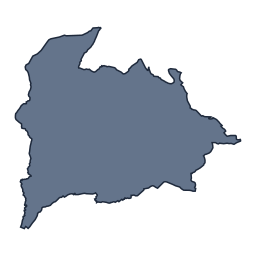 Ocnele Mari, Vâlcea, Romania (Mercator projection)
{"feature_id": "2599482B98582848146114", "entity_name": "Ocnele Mari", "entity_type": "district", "adm_level": 2, "iso_a3": "ROU", "parent_name": "Romania", "parent_adm1": "Vâlcea", "projection": "mercator", "projection_center": [24.271, 45.091], "detail": "fine", "context": "isolated", "style": "filled", "palette": "slate", "viewbox_px": 256, "rotation_deg": 0, "n_neighbors": 0, "source": "geoboundaries", "source_scale": "gbopen_adm2", "svg_char_len": 5695}
<svg xmlns="http://www.w3.org/2000/svg" viewBox="0 0 256 256"><path d="M70.0,194.0L72.2,193.7L73.8,194.7L74.0,194.5L74.1,193.7L74.7,193.4L75.1,193.5L75.1,194.3L75.4,194.6L78.1,194.6L83.0,193.5L84.7,193.3L86.4,193.7L92.6,194.0L94.7,193.4L95.6,192.9L97.3,195.0L97.0,195.9L96.0,196.7L96.2,198.2L95.8,198.5L95.7,198.9L94.7,199.0L95.1,200.3L96.1,200.8L96.1,201.2L96.6,201.2L96.6,202.6L97.2,202.2L97.9,202.0L101.1,202.4L102.4,201.7L106.3,202.3L108.4,203.0L110.0,203.1L110.6,202.5L111.5,202.5L113.7,201.7L114.5,201.9L115.2,202.3L117.9,200.7L118.9,201.7L121.7,199.4L122.6,200.0L122.7,199.7L123.3,199.7L123.5,199.2L124.4,199.2L124.5,198.8L125.0,197.9L125.7,198.4L126.1,198.5L127.6,198.0L128.6,198.4L130.0,198.3L131.0,197.8L131.2,195.3L132.1,195.5L133.0,195.1L134.4,195.2L135.5,195.8L137.0,195.8L137.6,195.6L143.4,190.4L143.9,189.8L143.8,188.9L148.6,188.0L150.7,186.4L152.2,185.8L152.9,185.7L154.1,186.2L155.9,187.4L157.6,188.2L163.7,182.1L164.9,181.7L166.6,181.9L172.7,184.4L175.6,185.8L179.7,187.0L181.3,188.7L183.7,190.2L189.6,190.3L191.3,190.6L193.0,191.2L195.2,191.2L195.7,188.4L194.9,188.0L194.6,187.3L195.4,186.0L195.5,184.7L195.3,183.7L195.0,182.8L194.5,182.3L192.0,181.4L191.1,180.5L191.0,179.7L191.4,178.1L191.0,173.4L191.8,173.2L192.1,173.4L193.0,172.5L194.1,172.2L195.0,171.6L196.1,170.1L197.5,169.5L200.2,167.9L203.6,165.1L204.0,163.9L204.8,163.0L205.0,162.4L205.0,160.1L204.5,158.0L204.0,156.6L203.5,155.9L205.1,154.4L206.3,154.2L209.2,153.0L210.8,151.6L212.9,147.8L212.7,145.2L212.1,142.6L215.5,142.6L216.9,143.5L218.2,143.9L218.5,143.9L219.5,143.2L223.7,143.7L227.2,143.2L229.0,143.6L231.1,143.4L234.0,144.3L236.7,142.6L240.5,141.1L240.6,140.5L240.5,139.9L240.2,139.4L238.9,139.8L237.4,139.7L236.7,139.4L236.4,139.0L236.2,136.1L235.4,135.5L230.6,135.5L227.2,136.3L225.7,134.9L224.0,132.8L225.7,131.1L225.1,130.0L224.3,129.1L222.6,128.1L221.0,126.2L221.6,126.0L222.1,125.5L219.9,123.4L219.1,122.2L216.6,119.6L213.3,117.8L212.9,118.0L212.8,118.5L211.4,118.9L209.9,119.0L208.8,118.6L208.9,118.0L209.2,117.8L211.2,117.0L211.0,116.9L204.9,116.7L203.4,116.2L202.9,115.7L201.4,116.0L196.2,110.5L194.9,110.0L193.4,109.9L192.6,109.3L191.9,109.4L191.2,108.4L190.2,108.0L190.2,106.1L187.4,100.8L186.7,96.9L186.8,94.3L187.2,93.7L185.4,91.3L184.0,88.6L183.4,86.7L181.6,85.5L180.9,84.8L182.7,82.8L180.2,80.5L179.6,78.8L179.9,75.7L180.4,73.9L181.2,72.8L179.9,72.1L177.6,71.6L176.6,70.1L175.7,69.3L170.6,68.7L169.2,69.2L168.6,69.6L168.5,70.6L169.4,73.4L171.2,75.8L173.5,78.5L173.9,79.1L174.2,80.1L174.1,82.0L173.6,82.5L172.5,83.3L171.4,83.7L170.0,83.7L167.8,83.1L166.5,82.3L165.6,82.1L164.7,81.3L161.0,79.4L160.4,78.1L158.9,77.7L158.1,76.6L153.9,76.3L153.0,74.7L151.2,73.9L150.5,72.9L149.0,68.8L148.9,66.8L148.5,68.0L148.0,70.4L147.4,70.3L145.5,67.9L141.2,59.4L140.5,59.1L138.7,59.7L137.2,62.4L132.0,65.9L129.9,68.3L129.1,68.8L128.7,69.8L128.9,70.4L128.1,71.5L125.0,73.7L123.3,73.9L122.9,73.7L121.3,72.2L116.4,69.7L115.6,68.4L114.6,67.7L108.9,66.4L107.0,66.7L105.9,66.1L104.8,66.0L104.2,65.7L103.9,65.9L103.0,65.7L102.5,66.2L101.8,65.9L101.9,66.4L101.7,66.8L100.2,66.8L98.9,69.1L97.9,69.5L95.5,71.7L94.9,71.8L94.1,72.2L91.4,71.0L89.3,69.2L88.2,69.5L86.2,69.0L85.2,69.5L83.8,69.6L79.7,68.0L78.7,68.0L78.6,67.7L78.7,66.3L79.9,63.8L79.8,62.5L80.3,61.7L81.2,60.9L81.3,60.3L81.0,59.6L81.1,59.2L83.9,54.0L84.2,53.1L86.1,52.2L87.3,50.8L87.7,49.7L88.7,49.0L90.8,47.1L92.0,45.2L92.8,44.4L93.1,43.6L94.4,41.4L94.8,40.1L96.4,36.6L98.7,30.7L99.5,30.0L100.0,29.1L100.8,28.4L100.7,27.8L100.2,27.5L99.3,27.7L98.3,27.4L97.8,27.7L93.0,28.0L90.8,30.8L89.3,31.2L87.6,32.6L82.1,35.2L66.4,35.8L64.4,35.2L59.5,37.0L50.9,38.8L48.9,39.8L47.6,41.4L41.2,50.4L37.4,53.9L32.8,56.1L28.7,63.5L26.1,64.9L25.2,66.9L25.7,69.6L27.0,70.6L28.2,72.6L29.3,77.0L29.6,80.0L30.3,81.6L30.9,83.5L30.5,84.8L30.9,86.0L31.0,87.1L30.6,88.9L30.3,89.9L29.2,91.7L28.4,94.7L28.7,96.0L29.7,97.1L30.0,97.8L29.9,99.4L29.6,100.4L28.8,100.8L28.0,100.8L27.3,101.5L26.2,102.0L26.4,103.6L25.2,103.8L24.0,103.7L23.4,103.9L21.3,105.6L19.6,108.5L17.9,110.6L16.7,112.5L15.7,113.6L15.6,114.1L15.4,115.8L15.4,117.9L16.0,119.5L19.3,122.4L21.5,123.8L21.4,124.3L21.7,125.2L21.5,126.4L21.8,128.1L23.3,128.6L24.6,128.6L25.2,128.8L25.8,130.3L26.9,131.0L27.6,132.0L28.0,133.3L28.1,134.8L29.4,136.2L29.5,136.8L29.9,137.4L30.6,138.0L31.7,138.7L31.8,139.4L31.7,140.7L31.2,141.8L31.1,142.8L30.3,145.9L29.5,152.3L29.2,153.1L29.4,154.2L30.4,156.7L30.9,158.6L30.3,160.2L30.1,161.5L30.3,162.4L29.4,163.6L29.5,164.3L29.8,165.6L29.4,166.3L28.4,167.1L28.2,167.9L27.4,168.8L27.7,169.5L28.1,171.0L28.1,172.0L27.8,172.6L28.5,173.2L28.3,173.8L30.9,175.5L31.1,176.1L29.4,176.7L28.1,178.5L27.6,178.7L26.6,178.8L25.9,179.3L24.7,179.2L23.9,179.5L22.2,179.3L22.0,179.5L22.2,180.0L22.0,180.4L21.3,180.0L20.8,180.1L20.6,181.2L20.3,181.8L21.8,183.6L21.8,184.4L21.3,184.6L21.2,185.1L21.3,186.4L22.7,189.1L22.8,191.6L23.7,192.4L23.9,192.9L23.9,193.3L23.4,193.9L23.2,195.1L24.3,195.6L24.6,196.7L25.2,197.3L25.9,198.4L25.6,198.9L25.9,200.6L25.4,201.6L25.0,203.8L24.6,204.6L24.7,205.3L25.2,205.7L25.8,205.2L26.4,205.1L26.6,205.3L26.7,206.0L26.4,206.6L24.6,207.9L24.7,208.7L25.6,209.9L25.3,210.2L24.2,210.4L24.2,210.9L24.5,211.3L24.7,212.2L25.0,212.7L24.3,214.9L24.3,215.2L24.8,215.5L24.7,215.7L24.3,216.1L23.2,216.5L23.0,216.9L23.4,218.3L22.5,220.1L21.7,224.3L20.6,227.1L24.3,228.6L25.7,226.5L26.5,227.0L28.1,228.4L29.8,226.7L32.3,223.1L35.2,219.6L37.1,216.0L37.5,214.7L37.6,213.4L39.1,212.1L40.1,212.0L40.5,211.6L41.6,210.0L41.9,208.1L42.2,207.6L43.1,207.1L45.4,206.9L46.8,206.2L47.9,206.2L50.4,205.3L52.0,203.5L53.7,202.2L55.5,201.6L58.1,199.1L58.6,198.4L60.0,197.4L61.6,197.3L63.0,196.0L63.4,196.1L64.3,197.1L65.9,196.3L67.7,194.9L70.0,194.0Z" fill="#64748b" stroke="#1e293b" stroke-width="1.5"/></svg>